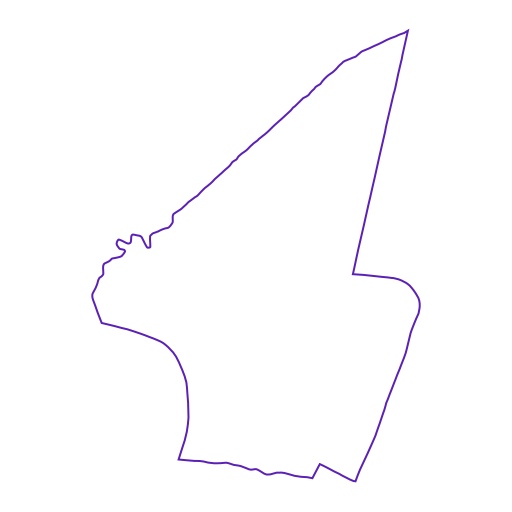 Bang Sue, Bangkok Metropolis, Thailand
{"feature_id": "78962969B39307621639221", "entity_name": "Bang Sue", "entity_type": "district", "adm_level": 2, "iso_a3": "THA", "parent_name": "Thailand", "parent_adm1": "Bangkok Metropolis", "projection": "albers", "projection_center": [100.522, 13.824], "detail": "fine", "context": "isolated", "style": "outline", "palette": "violet", "viewbox_px": 512, "rotation_deg": 0, "n_neighbors": 0, "source": "geoboundaries", "source_scale": "gbopen_adm2", "svg_char_len": 5948}
<svg xmlns="http://www.w3.org/2000/svg" viewBox="0 0 512 512"><path d="M168.1,347.1L173.1,352.4L176.1,356.7L178.8,362.0L182.5,370.6L184.7,376.4L186.4,382.5L187.0,388.0L187.4,393.8L188.1,402.6L188.5,417.5L187.9,424.3L186.8,431.8L184.7,440.5L182.4,447.5L178.6,459.5L184.9,460.1L194.2,460.9L199.9,461.0L200.5,461.1L203.6,461.5L208.2,462.6L214.4,463.3L220.2,463.2L226.1,462.7L228.6,463.2L233.8,464.9L238.0,465.5L240.5,466.0L245.6,467.9L249.0,469.3L250.5,469.6L251.2,469.7L255.5,469.1L256.3,469.2L257.2,469.5L259.5,470.7L264.3,473.7L265.7,474.2L266.6,474.5L268.2,474.5L270.2,474.4L275.0,473.1L276.6,472.7L277.4,472.7L281.3,472.6L284.4,473.0L288.9,474.2L294.5,475.8L301.0,476.8L307.3,477.2L312.4,478.2L319.8,464.1L322.2,465.2L323.0,465.6L327.0,467.6L334.1,471.4L339.3,473.9L342.2,475.6L350.1,479.6L352.7,480.7L353.4,481.0L355.5,481.3L356.2,479.4L356.9,477.5L357.6,475.6L358.6,473.1L359.8,470.1L361.0,467.5L361.8,465.8L364.6,459.8L367.6,453.4L369.3,449.6L371.9,443.8L374.1,438.8L375.5,435.5L377.6,429.3L379.7,423.4L381.2,419.0L382.9,413.9L384.3,410.0L385.5,405.9L386.2,403.1L388.0,398.8L389.4,395.0L391.5,389.7L394.0,383.2L395.8,378.6L397.2,374.9L398.2,372.5L399.8,368.6L401.0,365.4L402.8,360.8L403.9,358.1L405.7,353.0L405.9,352.2L406.8,348.8L408.1,343.4L409.3,338.4L410.1,335.2L410.5,333.5L410.8,332.5L411.7,329.9L413.2,326.0L414.6,322.5L416.3,318.4L418.5,313.6L419.2,310.1L419.5,308.5L419.7,306.6L419.7,305.0L419.7,303.7L419.4,301.6L419.1,300.1L418.3,297.8L415.8,293.5L413.6,290.3L411.7,287.9L409.6,285.5L407.3,283.7L406.0,282.8L401.3,280.4L398.5,279.3L393.6,278.1L392.1,278.0L387.6,277.4L382.1,276.9L372.0,275.8L363.5,274.9L352.9,274.2L354.3,267.9L356.7,256.6L358.3,249.2L363.8,225.5L368.4,204.9L369.5,200.2L370.4,196.4L372.3,187.9L374.6,178.0L379.4,156.4L385.1,131.7L386.0,126.6L393.8,93.2L394.1,92.5L395.2,88.3L398.2,74.0L401.0,62.0L401.8,58.8L402.4,55.3L407.9,30.7L404.1,33.0L400.2,34.3L398.3,35.1L395.9,36.3L391.8,37.8L390.0,38.5L386.4,40.1L382.2,42.3L378.7,44.0L373.9,46.1L369.3,48.3L366.5,49.5L364.1,50.5L363.0,50.9L362.4,51.2L361.8,51.5L360.8,52.2L359.8,53.1L358.4,54.3L355.9,56.5L354.8,57.0L352.4,57.8L351.1,58.4L348.7,59.4L344.7,61.0L343.2,61.9L341.6,63.5L340.4,64.5L339.2,65.6L338.0,66.9L336.9,68.2L335.4,69.8L333.1,71.9L332.0,72.7L331.0,73.4L328.7,75.0L327.1,76.3L324.6,78.7L322.3,81.3L320.4,84.0L316.4,86.4L315.4,87.2L314.2,88.9L312.1,90.8L310.6,92.4L308.5,95.1L306.4,96.5L303.2,98.1L294.8,106.4L293.4,107.3L292.8,107.9L291.0,110.2L286.5,114.4L282.7,117.9L280.6,119.8L279.3,120.9L277.9,122.2L277.2,122.8L274.5,125.2L272.5,127.1L268.9,130.7L266.5,132.9L264.6,134.5L262.6,136.0L261.9,136.6L260.8,137.5L260.1,138.0L259.0,138.9L258.3,139.6L257.5,140.5L255.7,141.8L254.5,142.7L253.5,143.4L252.4,144.5L251.2,145.5L249.0,147.7L247.7,149.1L246.0,150.6L244.5,151.7L242.0,153.4L240.8,154.4L239.4,155.6L238.5,156.4L237.6,157.7L236.6,159.3L236.1,159.7L235.4,160.1L233.9,161.0L233.2,161.5L232.8,161.7L232.1,162.4L230.7,164.4L230.0,165.4L229.3,166.1L228.2,167.2L225.7,169.3L223.8,171.0L221.5,173.2L219.6,174.8L219.3,175.1L219.0,175.4L216.7,177.4L214.9,179.0L212.4,181.7L210.5,183.5L207.1,186.3L205.0,187.9L203.2,189.6L200.4,192.5L198.3,194.8L197.3,195.8L196.4,196.4L194.7,197.4L193.7,198.2L192.6,199.0L190.5,200.6L188.9,201.7L187.9,202.6L187.5,203.0L187.0,203.6L186.2,204.4L185.0,205.5L182.8,207.5L181.9,208.4L181.1,209.0L180.0,209.8L175.9,212.4L174.4,213.4L173.9,213.8L173.5,214.1L173.2,214.7L173.2,214.8L172.9,215.4L172.8,216.0L172.7,216.7L172.7,217.9L172.8,221.1L172.7,222.0L172.5,222.7L172.1,223.4L171.4,224.4L170.3,225.9L169.1,227.1L168.6,227.5L168.0,227.8L167.3,228.0L166.3,228.2L165.3,228.4L164.1,228.8L163.1,229.1L162.4,229.4L160.1,230.4L158.2,231.4L156.4,232.1L155.0,232.6L153.8,233.0L153.3,233.2L152.9,233.4L152.5,233.6L152.0,234.1L150.5,235.5L150.2,236.0L150.1,236.5L150.1,236.9L150.0,239.3L150.2,242.8L150.3,245.5L150.3,246.5L150.3,246.8L150.2,247.1L149.9,247.4L149.7,247.5L149.4,247.6L148.8,247.6L148.1,247.7L147.6,247.6L147.4,247.6L147.2,247.4L146.8,247.0L146.5,246.5L145.0,243.8L143.7,241.1L142.9,239.6L142.1,237.9L141.7,237.3L141.4,236.9L141.1,236.6L140.8,236.4L140.4,236.2L140.1,236.0L139.8,235.9L139.2,235.7L138.0,235.5L136.8,235.3L134.7,234.8L133.3,234.6L133.0,234.6L132.7,234.6L132.3,234.8L132.1,235.0L131.9,235.2L131.7,235.4L131.6,235.7L131.4,236.1L131.3,236.6L131.2,237.5L131.1,239.4L131.0,240.9L130.8,241.8L130.7,242.1L130.6,242.4L130.4,242.7L130.2,242.9L129.9,243.1L129.5,243.3L129.2,243.4L128.8,243.5L128.3,243.5L127.9,243.5L127.5,243.4L127.1,243.2L126.6,243.1L126.2,242.9L125.6,242.6L123.1,241.3L121.0,240.3L119.3,239.7L119.0,239.6L118.8,239.6L118.6,239.6L118.4,239.7L118.3,239.9L117.7,240.5L117.5,240.8L117.3,241.3L116.9,242.1L116.8,242.6L116.7,243.2L116.6,243.7L116.6,244.0L116.8,244.5L117.0,245.1L117.5,246.0L118.5,247.4L119.2,248.3L119.6,248.7L120.0,248.9L120.7,249.1L121.9,249.3L123.2,249.6L123.9,249.8L124.2,249.9L124.5,250.2L124.7,250.4L124.8,250.7L124.9,250.9L125.0,251.2L125.0,251.4L124.9,251.8L124.7,252.1L124.2,252.9L123.2,254.3L122.2,255.4L122.0,255.7L121.7,255.9L121.4,256.2L121.0,256.4L120.7,256.6L120.3,256.7L119.8,256.9L117.4,257.5L115.9,257.8L114.6,258.1L114.4,258.1L112.8,258.4L112.0,258.6L111.8,258.7L111.7,258.8L111.4,259.1L110.3,260.3L109.6,260.8L109.2,261.2L108.8,261.4L108.2,261.7L107.5,262.1L106.4,262.6L105.5,263.0L104.9,263.3L104.4,263.6L104.2,263.9L103.9,264.1L103.7,264.5L103.6,264.8L103.4,265.2L103.3,265.6L103.2,266.2L103.2,266.5L103.1,267.1L103.1,267.8L103.1,268.4L103.2,270.2L103.3,272.8L103.3,273.7L103.2,274.3L103.0,274.7L102.6,275.2L102.1,275.8L101.3,276.6L100.4,277.1L99.2,278.2L99.0,278.6L98.6,279.5L98.2,280.3L97.5,283.0L97.0,284.6L95.6,288.0L95.4,288.4L92.7,293.4L92.4,294.3L92.3,296.2L92.5,297.9L93.0,299.7L95.1,305.3L97.8,313.0L101.7,323.0L107.7,324.4L114.7,326.1L121.4,327.9L127.4,329.3L133.6,331.3L140.4,333.6L145.1,335.3L149.7,337.1L153.0,338.3L157.6,340.2L160.9,341.7L163.4,343.2L165.1,344.5L165.7,345.0L167.3,346.4L168.1,347.1Z" fill="none" stroke="#5b21b6" stroke-width="2"/></svg>